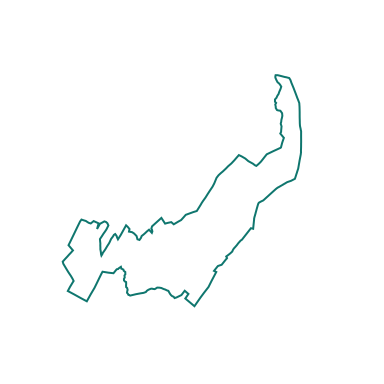 the district of Subukia, Rift Valley, Kenya, rotated 29°
{"feature_id": "3690345B83042019153785", "entity_name": "Subukia", "entity_type": "district", "adm_level": 2, "iso_a3": "KEN", "parent_name": "Kenya", "parent_adm1": "Rift Valley", "projection": "robinson", "projection_center": [36.175, 0.026], "detail": "fine", "context": "isolated", "style": "outline", "palette": "teal", "viewbox_px": 384, "rotation_deg": 29, "n_neighbors": 0, "source": "geoboundaries", "source_scale": "gbopen_adm2", "svg_char_len": 4466}
<svg xmlns="http://www.w3.org/2000/svg" viewBox="0 0 384 384"><g transform="rotate(29 192 192)"><path d="M228.2,293.2L229.6,291.7L232.7,287.3L233.5,281.9L238.3,282.9L237.8,288.4L247.5,290.3L249.5,290.7L250.6,280.1L251.4,274.1L252.5,267.1L252.2,260.2L252.0,250.2L249.5,250.3L250.5,244.3L251.4,243.2L253.2,241.3L253.5,239.6L253.9,237.2L254.4,234.3L254.6,233.6L254.7,232.8L253.2,231.8L254.3,229.4L255.2,227.2L255.4,226.6L255.6,226.0L256.1,224.5L255.9,223.5L255.9,222.5L256.0,221.1L256.4,219.5L256.9,217.2L257.0,216.7L257.1,215.9L257.2,215.1L257.5,213.4L257.7,212.7L257.9,211.8L258.0,211.2L258.2,210.6L258.5,210.2L258.8,209.5L261.1,195.1L263.3,194.5L259.4,185.4L259.1,184.9L259.0,184.3L258.7,183.3L258.5,182.2L258.3,181.5L258.0,180.1L257.8,179.5L257.6,178.6L256.8,175.4L255.9,171.5L255.6,169.8L255.7,168.9L256.0,168.4L257.2,166.5L258.3,165.0L258.7,164.0L259.3,162.2L262.7,152.2L263.6,149.6L263.8,149.0L264.1,148.3L264.3,147.7L264.7,147.0L265.0,146.3L265.4,145.8L270.5,137.2L273.2,134.2L275.6,130.6L275.2,128.4L274.6,125.5L274.4,124.3L274.2,123.5L273.7,120.9L273.6,120.2L270.9,112.5L268.9,106.4L268.4,105.2L268.2,104.6L267.9,104.1L267.4,103.3L267.1,102.7L265.5,99.6L263.7,96.3L263.3,95.5L260.7,90.9L258.0,86.0L257.1,85.0L256.7,84.5L256.3,84.0L255.4,83.0L254.7,82.2L254.1,81.4L252.9,79.5L252.1,78.1L249.8,74.2L247.4,69.9L246.0,67.5L244.7,65.3L242.7,62.2L239.9,59.8L238.5,58.7L236.2,56.7L234.2,55.0L230.4,51.8L227.4,49.4L226.0,48.3L223.9,46.4L221.8,45.2L219.0,45.9L217.5,46.4L215.2,47.0L212.1,47.8L210.3,48.3L208.5,49.3L208.8,50.4L209.5,51.6L211.6,53.2L213.6,54.5L215.7,54.9L217.3,55.6L219.0,56.6L219.5,59.2L219.8,62.4L220.2,64.4L220.0,66.3L220.2,68.7L219.7,70.8L220.8,72.8L222.4,73.3L222.4,75.1L223.9,76.8L224.5,77.9L226.6,79.1L227.3,79.0L228.0,78.8L229.9,78.1L232.6,79.4L234.1,81.6L234.7,83.5L235.2,85.5L236.0,87.4L236.5,89.3L237.9,90.6L238.5,91.2L238.8,91.9L239.9,94.4L240.8,96.3L240.9,98.1L246.1,100.1L246.7,103.6L247.1,105.6L248.2,109.9L248.0,110.5L247.6,111.0L243.5,116.6L239.1,122.8L238.5,126.3L238.0,129.5L237.6,131.9L236.9,134.4L236.3,136.2L235.6,138.0L234.1,138.1L231.6,137.7L228.8,137.7L226.3,137.7L222.4,136.9L218.1,136.8L215.1,137.0L214.1,141.6L213.7,143.6L212.6,147.9L211.1,152.0L210.3,155.0L209.0,159.1L208.1,161.4L207.1,164.4L206.6,167.7L207.2,172.8L207.3,173.8L207.4,177.3L207.0,182.1L206.7,186.3L206.5,190.3L206.0,194.5L205.8,197.1L205.8,198.8L205.4,206.3L202.9,208.9L201.6,210.4L197.6,215.0L196.9,218.3L196.1,221.8L194.4,224.5L191.7,229.1L188.5,228.4L186.4,230.2L185.2,231.3L183.8,232.7L177.8,229.5L173.7,241.4L174.2,243.7L175.4,244.5L176.5,245.8L176.7,247.2L172.7,245.8L171.7,248.3L171.0,250.6L170.2,252.8L169.3,254.9L169.6,256.9L169.3,259.4L167.2,259.8L164.9,257.4L163.0,256.8L161.1,256.3L159.0,256.2L156.1,257.2L155.3,254.7L152.8,253.7L150.5,253.1L150.5,258.2L150.5,264.3L150.2,269.3L148.8,268.3L147.2,266.9L145.2,266.0L144.5,267.3L144.4,269.5L144.0,272.2L144.3,276.0L144.3,277.5L144.1,280.2L144.0,283.8L143.8,286.2L143.5,288.5L143.7,289.7L143.6,291.5L142.7,290.6L141.4,288.7L139.6,286.5L138.8,285.0L137.7,283.2L136.7,281.3L135.7,279.9L134.3,277.8L134.6,274.4L134.8,271.2L135.1,268.8L135.3,266.1L135.1,261.8L133.1,260.3L131.3,259.9L129.6,260.2L126.9,264.5L126.9,270.4L125.5,264.7L120.1,265.1L118.7,268.6L116.9,269.0L115.5,269.0L113.2,268.8L110.4,269.4L108.7,269.7L108.4,272.0L108.7,278.2L109.2,286.8L109.6,294.0L109.8,298.4L116.2,300.8L115.5,303.9L114.8,306.6L114.3,308.9L113.5,312.1L112.7,315.6L114.3,317.2L118.4,319.6L122.8,322.1L126.9,324.2L129.6,325.8L131.6,327.2L131.5,329.1L131.3,334.3L131.4,338.8L138.4,338.7L146.0,338.7L153.0,338.6L153.0,330.6L153.2,323.2L153.0,318.9L152.6,311.6L152.4,307.4L152.4,305.1L158.2,303.0L162.7,301.1L163.6,296.1L164.7,295.2L164.8,294.5L166.1,291.9L166.4,292.2L167.4,293.3L168.0,293.2L168.4,293.2L169.6,293.1L170.1,293.6L170.5,294.0L171.6,294.2L172.4,294.3L173.6,296.3L173.4,297.7L174.6,299.4L174.6,301.0L175.4,302.3L176.7,302.8L178.0,302.7L178.7,303.8L179.3,305.0L179.7,305.8L180.5,307.1L181.8,307.4L183.2,308.9L183.3,309.8L184.0,311.6L184.6,311.9L185.1,312.0L186.3,312.8L187.0,312.5L188.1,312.6L192.6,308.5L196.1,305.6L197.9,304.2L198.3,303.9L198.8,303.4L199.6,302.5L200.2,301.7L200.4,300.3L201.3,298.6L202.8,296.7L203.4,296.2L204.0,295.9L205.1,295.6L206.5,295.0L207.0,294.2L207.9,292.5L209.8,291.5L211.8,290.8L213.4,290.7L214.9,290.5L215.7,290.3L217.7,290.2L218.5,290.1L219.2,289.9L220.8,290.9L222.1,291.7L223.7,292.4L225.2,292.7L226.7,292.5L228.2,293.2Z" fill="none" stroke="#0f766e" stroke-width="2"/></g></svg>